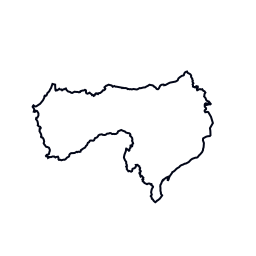 Nicoya, Guanacaste, Costa Rica, rotated 58°
{"feature_id": "36466004B54508558874137", "entity_name": "Nicoya", "entity_type": "district", "adm_level": 2, "iso_a3": "CRI", "parent_name": "Costa Rica", "parent_adm1": "Guanacaste", "projection": "robinson", "projection_center": [-85.463, 10.103], "detail": "fine", "context": "isolated", "style": "outline", "palette": "ink", "viewbox_px": 256, "rotation_deg": 58, "n_neighbors": 0, "source": "geoboundaries", "source_scale": "gbopen_adm2", "svg_char_len": 5866}
<svg xmlns="http://www.w3.org/2000/svg" viewBox="0 0 256 256"><g transform="rotate(58 128 128)"><path d="M187.7,77.9L186.4,76.0L185.7,75.6L184.4,74.1L181.0,71.6L178.2,71.0L176.8,70.0L176.6,69.7L176.8,66.3L177.2,64.9L178.2,62.9L177.9,61.9L174.1,59.7L171.6,58.6L168.8,53.4L162.5,51.7L157.2,51.5L156.6,51.8L155.6,54.1L154.5,54.1L154.1,54.0L153.6,53.4L153.5,52.0L153.2,51.7L152.6,51.3L150.6,51.6L149.0,50.7L148.3,49.9L148.3,48.8L148.9,48.4L149.5,49.9L149.9,49.7L150.6,47.8L149.8,46.9L151.5,46.0L151.4,45.1L148.4,45.4L147.1,46.5L146.0,46.8L145.3,46.8L143.9,46.4L141.5,46.7L140.9,46.0L139.7,45.1L139.0,43.6L137.3,43.7L136.4,44.4L134.4,44.5L134.2,45.5L133.3,46.2L132.8,47.2L132.8,49.1L132.7,49.3L132.2,49.3L131.2,48.8L130.3,47.0L129.6,46.9L129.2,47.6L128.7,47.9L128.8,48.5L129.3,49.1L129.1,49.7L128.5,49.8L127.9,50.7L127.3,51.0L126.4,50.3L125.2,50.1L124.7,48.8L122.9,48.8L122.2,47.9L121.1,47.9L120.5,47.4L118.0,47.4L116.9,46.6L115.5,46.7L114.8,47.0L112.8,48.2L111.4,48.0L111.1,49.0L111.1,50.4L111.7,51.5L112.8,52.7L112.8,53.2L112.3,54.7L112.4,57.3L112.7,59.0L113.9,60.6L113.9,62.1L113.8,63.1L111.8,68.3L111.6,69.7L111.4,73.6L111.0,74.2L110.9,74.7L110.3,74.6L110.0,74.8L109.2,76.4L109.1,77.1L109.2,78.3L110.8,80.9L111.0,82.0L110.5,82.7L110.0,83.0L108.1,83.2L106.8,84.0L105.9,84.0L105.6,84.3L105.0,84.4L102.7,86.9L102.8,89.2L102.6,90.1L102.6,92.0L101.8,93.5L101.0,96.1L100.3,97.0L100.2,99.5L99.8,100.4L97.8,102.7L97.3,104.3L96.4,105.2L95.9,106.3L95.2,106.8L94.8,107.7L93.9,107.9L92.9,108.8L91.8,110.6L91.1,111.0L91.0,111.9L90.2,112.2L86.9,115.8L86.3,116.7L85.1,117.4L84.9,119.1L83.3,119.3L81.0,121.5L80.8,123.5L80.6,124.0L81.0,126.4L82.0,126.6L82.2,126.4L82.7,126.4L83.1,127.0L83.2,127.8L83.2,128.6L82.8,129.1L82.8,129.5L83.3,130.7L83.6,133.0L83.0,134.1L83.4,135.5L82.8,135.9L82.2,135.9L81.6,136.8L81.7,137.5L82.2,137.8L82.1,138.3L82.7,139.2L82.6,140.1L81.6,140.1L81.1,141.1L80.2,140.9L78.8,141.6L77.7,141.8L77.5,144.1L76.5,144.9L75.4,144.7L74.0,143.8L73.5,143.8L72.8,144.3L72.8,145.5L72.0,147.0L71.9,148.2L71.6,148.7L71.7,149.3L72.1,149.6L72.0,150.1L71.6,150.9L70.9,151.4L69.6,153.3L68.9,154.1L68.7,156.8L68.0,157.5L66.8,158.0L65.2,159.5L63.0,160.0L61.6,159.7L61.4,160.2L61.4,161.4L61.0,162.2L61.1,163.9L60.1,164.0L59.7,164.7L59.1,165.3L58.3,165.5L58.6,167.8L58.0,169.4L57.4,169.4L57.0,168.8L56.4,169.0L52.6,166.8L50.6,168.7L53.4,172.2L53.9,173.4L54.9,174.9L55.5,176.6L55.5,177.5L57.2,179.9L57.1,181.2L56.5,181.3L56.5,181.6L57.0,182.3L57.8,182.8L59.4,185.3L60.9,189.7L61.0,194.2L60.8,194.9L60.0,195.7L58.7,196.1L58.8,196.6L59.3,197.5L59.7,197.7L61.5,197.5L62.9,197.8L64.2,199.3L65.0,198.5L64.8,197.7L64.3,197.3L64.5,196.9L65.4,196.5L65.6,196.1L68.1,196.2L69.9,197.3L70.2,197.7L71.2,199.4L71.2,200.1L70.8,200.4L70.9,200.6L71.9,201.4L72.8,201.2L74.4,201.2L77.2,202.3L77.8,203.1L79.3,202.8L80.4,201.9L81.6,201.9L82.0,202.3L81.8,203.0L81.9,203.4L82.2,203.7L82.9,203.8L83.6,204.7L87.2,205.0L88.5,205.5L89.1,206.3L89.6,206.5L90.1,206.4L90.5,205.7L91.0,205.5L92.9,205.5L95.1,206.3L96.2,207.6L97.9,207.7L98.6,207.5L100.2,207.5L100.8,207.2L101.3,206.5L102.8,205.5L104.9,205.8L106.0,206.4L106.4,207.1L108.2,208.9L108.2,209.6L107.7,211.1L108.2,212.4L108.7,212.4L110.0,211.1L111.0,211.6L111.1,210.7L110.8,210.3L112.0,208.5L112.1,207.4L112.4,206.6L112.9,206.2L113.1,205.7L114.5,205.2L114.5,204.3L115.2,202.6L116.7,202.8L117.6,203.5L118.4,203.5L119.2,202.1L120.0,201.7L120.7,199.5L121.1,198.7L121.3,198.6L121.4,197.5L120.8,195.6L120.9,193.2L120.5,192.6L119.6,191.9L119.2,190.9L119.2,189.5L120.4,187.5L120.9,186.4L121.0,184.2L121.7,183.7L121.7,182.8L122.7,181.6L122.9,180.8L121.8,179.7L122.0,179.0L121.7,178.1L121.8,174.6L121.0,173.3L120.7,171.7L119.3,169.9L119.4,168.7L118.6,167.0L118.9,166.1L120.3,164.3L120.4,163.3L119.1,161.3L119.5,159.8L119.5,159.1L119.1,157.8L118.6,157.0L118.6,155.7L119.5,153.5L120.5,153.0L121.7,151.3L121.9,150.3L121.7,148.8L122.5,147.2L122.7,146.0L123.3,145.3L124.7,144.7L125.5,143.1L125.9,142.8L126.7,141.3L126.6,139.5L125.6,138.2L126.1,134.8L127.8,133.7L129.2,132.5L130.6,132.2L132.3,130.8L132.9,129.9L133.9,129.4L134.7,129.4L135.7,130.4L136.5,130.0L138.7,129.8L140.5,130.6L141.0,131.4L143.0,131.6L143.9,131.9L143.9,132.6L144.5,133.3L145.4,133.8L145.7,134.2L145.5,135.0L144.3,134.8L144.2,135.2L146.1,136.4L146.1,137.1L146.5,137.7L147.6,138.5L147.8,138.9L147.8,139.2L147.1,139.2L146.3,139.8L144.9,140.1L144.5,140.4L144.6,140.6L146.4,142.0L148.7,145.1L150.7,147.0L151.2,147.2L153.6,147.6L155.8,147.5L157.2,148.4L158.5,148.5L158.9,148.9L159.7,149.0L159.8,150.0L161.4,150.1L162.1,150.8L164.9,150.6L165.2,149.5L166.7,148.5L166.7,147.4L165.1,145.9L165.1,145.1L165.5,144.0L165.4,142.6L164.6,141.8L164.4,140.7L163.6,140.7L164.3,139.4L165.8,139.2L166.4,138.7L167.2,139.0L168.4,138.9L168.8,139.3L169.0,139.9L169.6,140.3L170.8,140.0L171.5,140.1L171.8,140.7L171.8,141.8L172.6,142.4L173.1,142.4L173.2,141.9L175.3,143.0L176.0,143.0L176.0,141.7L178.4,141.3L178.8,141.8L179.1,142.9L180.0,142.5L180.6,143.7L181.1,143.7L182.3,143.2L183.4,143.2L184.3,142.5L185.5,141.9L185.8,141.5L185.8,140.5L186.2,139.6L186.7,139.0L187.5,138.8L187.9,137.9L188.2,137.8L188.8,138.4L190.3,137.9L191.1,137.9L191.5,138.3L191.7,138.9L192.6,140.4L194.8,142.5L197.2,143.2L197.8,144.8L199.3,144.7L200.7,145.3L201.6,144.8L203.5,144.8L205.4,144.2L205.3,142.6L205.0,142.0L205.1,140.8L204.8,138.5L203.4,135.0L203.2,134.7L202.0,135.0L200.9,134.8L200.2,134.3L198.5,133.8L196.0,132.2L194.8,131.7L193.4,130.6L192.9,129.5L191.2,127.3L191.1,126.0L190.6,126.1L190.5,125.9L190.5,123.9L190.3,121.8L190.7,119.5L191.0,119.6L192.0,121.2L193.2,121.9L193.5,121.6L193.1,120.8L192.4,120.1L191.1,118.4L189.5,114.6L188.9,113.7L189.1,112.6L188.8,110.3L188.4,109.2L188.4,108.6L188.2,107.8L188.3,105.4L187.8,103.8L187.8,102.4L188.2,100.7L188.3,98.9L188.8,97.8L189.0,95.4L189.0,94.3L188.3,91.7L188.2,89.8L188.9,86.6L189.5,85.5L189.7,84.6L188.7,81.7L188.7,81.1L187.7,77.9Z" fill="none" stroke="#020617" stroke-width="2"/></g></svg>